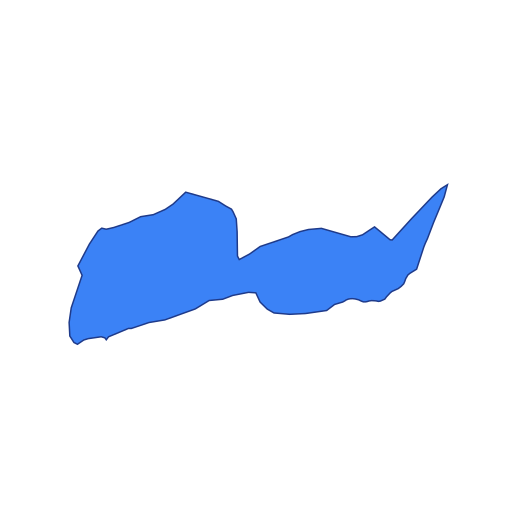 San Cristóbal Totonicapán, Totonicapán, Guatemala (orthographic projection), rotated 149°
{"feature_id": "79465075B68551302151771", "entity_name": "San Cristóbal Totonicapán", "entity_type": "district", "adm_level": 2, "iso_a3": "GTM", "parent_name": "Guatemala", "parent_adm1": "Totonicapán", "projection": "orthographic", "projection_center": [-91.486, 14.927], "detail": "fine", "context": "isolated", "style": "filled", "palette": "blue", "viewbox_px": 512, "rotation_deg": 149, "n_neighbors": 0, "source": "geoboundaries", "source_scale": "gbopen_adm2", "svg_char_len": 1449}
<svg xmlns="http://www.w3.org/2000/svg" viewBox="0 0 512 512"><g transform="rotate(149 256 256)"><path d="M373.9,359.3L378.6,358.8L392.7,352.0L413.8,339.2L415.0,329.0L441.1,306.7L450.4,295.3L456.8,283.3L456.6,275.6L454.5,272.3L446.9,272.7L442.4,271.6L430.3,266.5L427.7,263.7L427.5,261.3L424.0,262.7L402.6,259.6L400.1,258.1L382.0,254.1L367.1,248.2L335.3,241.9L319.1,242.0L306.8,236.1L296.3,234.2L281.1,228.7L275.1,224.5L276.2,214.4L273.7,204.7L269.9,197.9L257.2,188.7L243.2,181.2L223.5,172.9L213.6,174.0L205.4,171.9L202.9,171.8L201.3,171.9L199.0,171.5L197.0,170.7L195.2,169.7L193.1,168.1L190.6,165.6L188.9,163.0L187.6,161.4L185.8,160.3L184.2,159.7L182.2,159.2L180.0,158.3L177.9,156.9L176.1,155.6L174.4,154.0L172.6,153.3L167.8,152.7L165.2,153.8L159.9,155.3L157.7,155.6L150.9,154.8L147.3,155.2L143.7,156.1L141.6,157.6L139.3,159.5L135.6,161.5L133.0,161.9L125.1,162.0L107.5,177.3L104.5,179.6L100.1,182.6L86.6,193.2L74.0,202.5L64.3,209.7L55.2,218.5L62.7,218.4L74.8,215.8L103.7,207.8L131.0,199.6L132.7,200.8L137.3,214.0L139.4,219.9L145.0,219.7L153.7,219.3L159.7,220.7L164.8,223.6L185.7,246.0L197.4,251.7L205.6,254.2L213.6,255.5L218.3,255.6L247.5,262.0L260.6,261.0L272.2,261.6L271.9,265.5L268.6,271.2L259.7,286.5L253.8,298.0L252.9,305.7L252.9,308.8L256.2,314.4L260.1,322.2L274.7,337.7L283.4,346.9L300.4,343.2L309.7,342.7L322.7,344.3L334.6,349.1L347.5,350.1L363.3,353.7L370.6,356.1L373.9,359.3Z" fill="#3b82f6" stroke="#1e3a8a" stroke-width="1.5"/></g></svg>